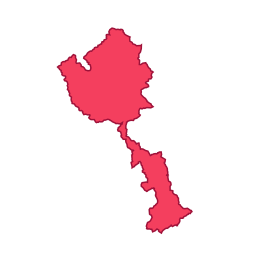 Concepcion, Junín, Peru (Natural Earth projection), rotated 286°
{"feature_id": "86281439B60815042130101", "entity_name": "Concepcion", "entity_type": "district", "adm_level": 2, "iso_a3": "PER", "parent_name": "Peru", "parent_adm1": "Junín", "projection": "natural_earth1", "projection_center": [-75.231, -11.807], "detail": "fine", "context": "isolated", "style": "filled", "palette": "rose", "viewbox_px": 256, "rotation_deg": 286, "n_neighbors": 0, "source": "geoboundaries", "source_scale": "gbopen_adm2", "svg_char_len": 5862}
<svg xmlns="http://www.w3.org/2000/svg" viewBox="0 0 256 256"><g transform="rotate(286 128 128)"><path d="M105.4,172.9L108.0,172.6L109.4,167.6L111.7,167.6L114.1,166.5L113.5,164.6L112.5,164.1L112.3,163.3L111.5,163.2L111.1,162.7L111.0,161.7L110.3,160.0L109.3,158.9L109.1,158.1L108.3,157.8L107.7,157.1L111.2,153.5L111.2,151.0L111.9,148.1L111.6,146.6L111.1,145.8L113.3,144.8L114.4,143.4L115.5,143.2L116.5,142.7L116.3,142.0L115.0,140.4L115.9,139.6L117.2,137.4L117.3,136.4L116.8,135.5L116.8,134.6L119.2,131.5L119.6,130.3L119.5,128.6L120.4,128.3L121.3,128.6L121.9,128.0L122.6,127.7L123.8,127.8L124.9,127.4L126.3,127.4L126.9,126.1L127.3,125.8L128.2,125.8L129.4,125.3L132.4,125.3L133.2,125.0L133.6,125.6L134.4,125.9L135.6,127.5L136.3,128.9L136.8,131.2L138.5,131.5L139.8,133.7L142.6,135.8L143.8,136.2L144.7,134.4L146.1,134.3L147.4,133.7L149.7,134.0L150.2,134.3L150.4,134.9L150.2,136.2L151.5,137.6L151.5,138.7L152.8,140.4L153.7,144.4L155.4,146.2L156.3,144.3L157.5,143.4L157.8,141.5L158.2,140.8L158.7,139.0L159.5,138.7L160.6,137.1L161.1,136.8L161.9,134.5L163.3,132.0L164.3,131.1L165.0,130.9L166.3,130.9L167.9,130.1L168.6,130.2L169.8,131.6L170.8,132.4L171.6,133.5L171.8,134.4L173.5,136.4L174.7,135.9L175.5,134.7L175.8,133.0L176.5,132.4L177.5,133.0L178.7,134.7L180.6,134.3L181.3,135.4L181.5,136.4L182.2,136.7L183.6,137.0L184.5,136.0L187.0,135.7L188.7,136.7L189.2,135.5L189.1,134.3L190.9,133.1L191.3,131.9L192.6,130.1L194.3,128.8L195.2,127.1L195.6,127.0L194.4,124.4L192.5,122.8L192.2,121.4L196.2,120.5L196.6,120.0L196.9,118.9L197.9,118.2L198.8,119.0L202.0,118.0L204.5,119.0L207.9,118.9L211.5,118.0L210.8,117.5L209.4,113.4L210.1,111.8L210.2,109.4L211.4,108.3L212.0,105.8L215.2,104.7L216.0,104.9L216.6,101.0L217.3,98.8L218.7,97.6L218.9,96.9L220.4,96.4L221.0,95.3L220.9,93.9L220.3,93.6L220.1,91.1L219.3,89.3L219.7,87.5L219.6,85.1L217.6,83.5L215.4,83.1L214.9,83.2L214.4,83.8L213.5,83.8L212.6,84.7L212.3,82.6L211.8,81.6L211.2,81.5L210.2,82.2L209.4,82.0L208.6,82.7L208.0,82.8L207.4,82.5L206.1,80.8L204.2,80.7L203.8,79.4L203.5,79.2L201.5,79.4L201.3,78.7L199.8,77.5L199.2,76.4L198.6,76.4L197.9,76.7L197.1,76.0L196.6,74.5L195.9,73.7L194.4,73.6L193.9,72.8L191.8,71.8L191.6,70.6L190.1,69.2L188.8,68.4L186.5,67.8L184.3,66.1L182.8,66.2L181.5,69.8L180.0,70.7L180.1,72.2L178.9,72.1L178.4,72.3L178.3,74.3L175.5,75.8L173.6,75.9L172.8,75.6L172.0,73.8L172.0,71.1L173.6,69.5L174.4,67.9L174.3,66.1L175.7,65.6L177.2,63.7L176.0,60.7L176.4,60.1L177.3,59.8L179.3,59.7L181.0,58.2L182.9,57.7L183.3,57.2L183.5,55.3L181.9,54.4L180.2,54.0L180.1,52.8L179.7,52.2L178.3,51.6L176.7,51.5L175.5,49.7L174.4,49.2L174.4,48.5L173.7,47.1L172.4,46.0L170.0,46.4L168.6,44.4L167.2,43.5L166.6,44.5L166.4,45.4L165.7,45.8L165.3,46.4L164.9,47.9L163.8,48.1L163.1,48.7L162.9,49.4L161.0,49.8L160.4,51.3L160.6,52.9L160.4,53.8L158.5,54.2L157.2,53.2L156.7,53.3L155.9,54.4L156.1,55.6L155.5,56.9L153.4,58.2L152.0,57.9L150.6,59.1L148.2,59.2L147.8,60.4L147.2,61.0L146.6,61.0L145.3,62.4L143.7,62.5L143.0,62.9L142.1,65.1L139.7,65.5L138.3,66.2L138.2,66.6L137.2,67.2L136.2,67.5L136.3,69.8L136.0,70.3L135.0,71.1L134.5,72.1L134.3,74.2L133.8,74.7L133.5,75.5L132.0,75.8L131.5,76.4L131.4,77.2L131.9,78.2L131.6,79.5L131.2,80.0L130.5,80.0L128.7,81.8L129.6,83.5L129.5,85.5L130.1,87.6L129.4,88.0L127.0,87.5L126.1,89.1L125.9,90.2L126.8,93.3L124.9,95.1L124.5,96.2L125.1,97.0L125.3,97.9L126.4,98.8L126.4,100.2L127.1,101.8L128.6,102.5L129.1,103.1L129.2,103.8L130.8,106.2L130.9,108.2L130.4,108.6L130.3,110.0L129.7,111.2L129.3,114.2L128.9,115.2L129.4,116.4L129.6,118.4L130.2,119.8L131.7,121.1L130.1,121.2L128.8,120.0L127.8,120.2L126.7,119.2L126.0,119.2L125.7,118.6L125.1,118.5L124.4,118.8L123.6,118.5L123.0,118.8L122.3,119.5L122.6,120.7L122.0,122.2L119.2,123.8L118.6,123.4L118.1,123.6L117.3,124.3L116.9,125.3L116.0,126.2L115.9,126.9L116.6,129.2L115.2,129.3L113.9,129.9L112.1,131.5L109.9,132.5L109.1,133.3L108.9,134.9L107.7,137.6L108.1,138.9L107.9,139.4L106.3,138.3L104.4,139.5L103.7,139.5L103.0,139.0L102.4,139.5L101.5,139.6L100.0,140.3L98.6,140.6L97.0,141.7L96.0,140.6L95.6,140.5L92.2,142.5L90.9,142.9L92.4,144.2L92.7,144.8L93.2,144.8L94.6,145.5L95.1,146.3L96.3,147.0L97.0,147.9L98.0,147.4L99.1,148.7L98.0,150.2L97.5,150.2L95.9,151.2L95.6,152.0L93.9,152.8L92.4,154.4L91.0,153.6L89.6,154.1L89.6,156.4L88.7,156.3L88.1,157.8L87.6,158.3L86.4,158.5L85.4,159.2L85.1,160.5L84.6,160.9L81.1,161.7L81.1,160.5L79.3,156.6L77.3,156.3L75.7,156.8L74.7,159.0L72.8,161.3L72.6,162.6L72.2,163.4L72.4,163.8L73.7,164.6L75.8,167.0L76.6,167.4L76.7,168.7L77.4,168.9L77.9,168.7L77.4,169.1L77.2,170.0L75.9,170.1L74.0,172.5L71.8,173.1L71.4,172.9L71.0,173.2L70.5,173.1L67.7,175.7L66.5,176.5L65.0,176.9L63.7,176.9L62.1,175.8L61.6,175.9L60.0,174.4L58.6,174.3L57.8,173.8L57.3,173.1L57.4,172.3L56.9,171.3L55.3,170.9L51.1,172.5L50.7,173.4L50.6,174.5L48.7,175.8L46.1,175.4L44.8,175.0L43.9,174.4L42.7,173.0L42.2,172.8L38.7,172.7L37.2,173.8L36.5,173.6L36.3,173.9L36.3,174.6L36.9,176.5L36.9,177.9L37.2,178.8L35.0,180.3L36.8,182.5L38.9,183.7L38.4,185.6L37.4,185.8L36.9,186.7L36.2,189.1L37.8,189.3L39.1,189.8L40.9,191.1L42.0,192.1L42.6,193.7L44.5,195.0L45.8,196.2L46.4,196.3L45.9,197.0L45.6,197.9L47.5,199.8L47.9,200.8L47.5,201.6L47.8,202.4L48.9,202.0L49.7,202.9L52.1,203.5L53.2,203.4L53.9,202.9L55.7,203.1L56.3,205.4L56.9,206.0L57.3,205.8L58.3,206.3L59.7,208.1L60.9,208.7L61.6,209.7L62.5,209.7L63.0,211.5L64.2,211.7L65.2,212.5L66.1,211.6L65.9,211.2L67.2,207.3L66.1,204.8L65.9,203.2L67.7,200.0L68.6,199.1L68.6,197.9L69.4,197.4L70.6,197.5L72.1,196.5L74.5,195.8L75.0,194.8L76.2,194.1L76.9,193.1L76.9,191.4L77.3,190.1L78.2,188.8L79.0,188.5L79.6,188.6L80.0,188.4L80.0,187.2L79.7,185.7L83.5,184.5L85.2,185.0L85.9,184.8L87.4,184.0L87.8,183.4L88.0,181.9L88.6,181.4L91.3,180.0L92.9,179.6L93.2,178.2L93.5,178.2L94.1,179.4L94.6,178.9L96.8,178.3L97.4,177.8L99.7,177.0L101.0,176.0L102.3,174.4L103.1,174.0L103.9,172.8L105.0,172.4L105.4,172.9Z" fill="#f43f5e" stroke="#9f1239" stroke-width="1.5"/></g></svg>